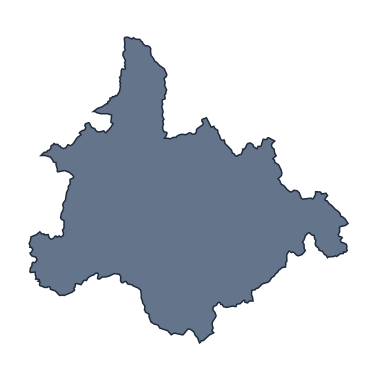 Huancavelica, Huancavelica, Peru (orthographic projection), rotated 184°
{"feature_id": "86281439B45357472529308", "entity_name": "Huancavelica", "entity_type": "district", "adm_level": 2, "iso_a3": "PER", "parent_name": "Peru", "parent_adm1": "Huancavelica", "projection": "orthographic", "projection_center": [-75.048, -12.773], "detail": "fine", "context": "isolated", "style": "filled", "palette": "slate", "viewbox_px": 384, "rotation_deg": 184, "n_neighbors": 0, "source": "geoboundaries", "source_scale": "gbopen_adm2", "svg_char_len": 5970}
<svg xmlns="http://www.w3.org/2000/svg" viewBox="0 0 384 384"><g transform="rotate(184 192 192)"><path d="M349.9,125.5L348.4,125.6L346.9,123.7L347.8,121.0L349.3,119.8L349.0,119.0L347.3,117.0L343.3,116.1L341.8,113.7L343.3,111.1L344.6,110.5L345.7,110.8L346.4,110.2L346.7,106.5L347.8,105.1L348.2,101.1L347.3,100.4L342.9,101.2L342.4,97.9L341.5,96.3L342.1,94.4L340.7,93.9L338.9,94.4L338.2,93.8L338.1,93.1L339.3,92.3L337.3,91.6L337.7,88.9L337.2,88.1L332.5,86.6L329.9,86.6L329.0,87.4L327.3,87.5L326.3,85.0L321.4,83.8L317.2,79.8L316.0,79.6L313.8,80.2L312.4,79.8L304.9,83.6L302.5,85.5L302.4,86.4L303.3,87.7L302.0,89.3L301.8,92.3L300.2,92.6L296.2,91.8L294.0,95.8L292.5,96.6L291.1,96.3L289.7,99.2L287.3,101.1L284.0,102.6L282.6,104.1L280.6,104.6L279.6,103.2L280.3,99.4L279.5,98.6L278.1,98.8L275.4,101.0L272.3,101.2L268.7,102.4L263.8,105.2L258.6,104.8L257.2,102.5L257.1,98.6L256.1,96.8L254.6,96.6L253.1,97.9L251.5,98.1L249.7,95.7L245.5,95.3L244.2,94.3L238.9,92.4L236.4,90.5L235.5,86.7L235.2,82.6L233.8,79.7L233.6,78.1L231.0,74.7L231.2,70.9L230.4,70.2L230.1,69.0L226.2,67.0L226.2,64.6L223.8,59.4L220.2,57.5L217.5,57.2L216.2,56.4L214.7,54.0L206.7,52.0L202.8,48.1L199.9,50.0L191.4,48.8L190.6,49.3L186.9,54.6L185.7,55.1L184.0,54.9L180.3,52.5L178.6,49.0L176.3,47.1L174.0,42.0L172.9,42.9L172.4,44.3L170.3,44.5L164.9,50.4L160.5,53.1L162.6,55.1L161.4,57.6L162.8,61.5L162.4,63.9L159.5,69.3L159.4,70.6L160.8,73.5L162.8,75.8L163.0,77.8L162.2,79.5L159.6,80.8L158.8,82.9L157.2,83.9L156.3,83.5L155.4,81.8L154.1,82.0L152.5,79.8L149.3,79.3L143.7,81.0L140.2,80.7L139.3,83.3L136.2,83.9L133.1,87.4L131.8,87.5L131.5,85.7L128.9,85.2L127.3,87.2L123.5,87.5L124.2,90.8L125.6,94.1L125.4,98.1L122.1,98.9L121.2,100.3L119.3,100.8L115.4,105.3L110.1,107.2L108.5,108.4L106.5,112.2L104.2,113.8L103.2,115.8L100.7,118.4L99.7,120.5L99.0,120.7L97.1,122.8L93.4,123.7L93.6,128.2L92.5,129.5L93.2,135.7L91.4,139.5L90.7,139.9L88.6,138.5L87.3,139.2L85.9,138.7L83.3,136.3L81.7,135.7L78.0,137.2L75.3,140.6L74.9,141.9L76.1,143.1L76.6,147.5L78.2,150.0L77.0,151.8L75.8,156.4L73.0,159.5L72.4,159.6L69.0,157.3L67.3,157.3L66.3,153.7L65.1,152.3L65.5,148.8L64.6,146.7L62.0,145.0L61.2,142.8L57.6,141.8L55.4,138.8L53.8,138.3L52.3,135.9L51.1,136.9L46.5,137.4L44.2,138.4L43.1,137.8L39.6,140.9L36.9,141.1L36.6,142.7L35.3,142.5L34.2,143.1L33.1,144.4L33.8,146.2L33.7,148.8L34.6,150.7L37.2,151.8L39.6,152.2L40.7,154.4L38.9,156.8L39.6,157.5L42.4,158.1L43.1,159.8L41.9,162.4L42.4,167.2L41.1,168.0L36.8,169.2L34.1,171.4L37.5,175.9L40.2,177.8L42.0,178.2L42.9,181.1L44.6,182.7L48.0,184.8L51.9,188.5L54.5,189.9L56.4,192.5L58.5,192.9L58.8,193.7L58.1,195.8L56.5,197.8L58.2,200.1L62.8,199.1L63.3,200.5L64.3,201.0L68.7,200.9L68.7,197.8L70.6,193.8L71.6,193.5L72.8,194.2L81.1,192.6L82.6,193.6L85.0,198.8L87.5,200.7L90.5,200.8L92.9,198.9L94.1,199.0L97.4,201.1L100.2,204.3L103.9,206.3L105.4,209.7L107.1,211.2L103.9,214.6L103.7,217.4L104.7,220.3L107.6,225.2L111.5,227.3L111.9,229.5L113.7,230.8L110.6,234.0L112.3,236.8L113.2,240.7L115.1,241.8L116.0,244.1L115.5,245.9L113.0,248.6L119.4,251.5L120.1,251.4L121.7,249.4L124.7,249.6L126.3,242.7L126.9,242.2L129.3,242.2L130.2,239.6L133.8,241.5L134.4,243.3L135.2,243.9L137.2,245.0L139.3,244.5L140.5,243.4L141.7,240.1L143.1,238.3L144.5,238.3L144.2,237.0L145.5,233.1L148.1,232.2L150.2,230.7L151.6,231.5L152.7,233.1L154.5,233.7L155.5,236.5L162.8,243.0L162.9,244.9L163.7,246.3L165.1,245.4L167.2,246.8L168.5,250.2L170.3,252.9L170.6,255.4L173.5,256.8L174.8,259.1L177.3,257.9L182.8,267.1L187.0,265.1L187.2,263.4L185.6,261.8L185.7,260.0L191.1,255.6L191.9,253.9L191.9,251.6L193.5,250.0L195.9,249.7L196.7,250.5L198.7,250.9L202.2,248.7L206.2,248.9L208.9,248.0L210.5,247.0L211.7,245.5L214.7,245.1L217.6,243.4L219.4,244.0L223.2,243.7L221.6,246.5L221.0,249.0L221.3,249.6L224.1,250.2L225.6,252.6L225.8,255.5L225.2,257.7L226.2,260.8L225.0,262.6L227.1,266.0L226.4,270.1L228.1,275.0L227.3,277.6L228.3,280.4L227.9,281.7L225.3,283.1L226.1,286.9L224.9,288.4L225.2,289.6L224.4,292.0L226.9,296.7L226.3,299.1L227.7,302.9L226.7,304.7L225.8,305.1L225.3,307.4L228.4,313.1L233.2,315.9L236.4,319.0L238.1,319.6L239.8,322.5L242.4,325.5L243.2,329.6L243.1,331.9L244.1,333.7L246.7,334.8L248.3,334.4L250.9,336.1L252.1,338.3L253.2,338.8L254.6,340.6L258.8,340.5L261.3,341.9L262.6,340.4L266.9,342.0L269.5,341.6L270.3,340.6L269.3,335.1L269.5,331.6L268.6,329.3L268.7,328.5L270.5,326.3L270.4,323.3L267.4,318.3L268.3,316.2L267.4,314.5L268.1,312.9L266.9,310.7L268.0,309.6L270.3,310.0L271.0,308.5L271.0,302.7L272.3,301.4L271.4,299.5L271.8,296.9L270.7,295.6L271.3,294.5L270.8,291.6L271.4,287.1L273.6,282.9L275.2,282.8L276.2,281.5L278.0,281.6L278.6,280.3L280.4,279.9L280.2,277.5L282.3,276.2L282.2,274.3L283.5,274.1L287.8,270.6L291.8,269.0L296.0,265.4L294.4,265.5L292.6,264.5L288.2,263.7L282.0,264.2L277.5,263.1L277.8,255.9L275.5,254.7L277.9,250.1L278.7,249.6L278.7,248.7L280.6,247.2L282.0,245.1L282.9,245.4L284.3,246.9L288.4,245.4L291.4,245.7L293.6,248.6L295.5,248.9L297.1,250.0L299.1,253.6L299.9,253.9L302.9,252.7L303.6,251.1L302.4,248.6L303.5,246.3L305.9,245.5L308.1,243.8L308.5,242.8L306.8,241.8L306.8,241.1L310.3,238.3L313.8,232.0L315.6,230.2L316.6,229.8L319.1,230.5L320.9,227.3L323.2,226.4L325.5,227.1L326.6,228.5L327.6,228.5L329.3,230.2L331.3,229.9L333.1,230.8L333.9,229.4L335.5,228.5L335.9,227.6L335.8,225.8L337.3,223.7L339.1,223.2L339.7,221.7L342.2,221.3L345.3,217.8L341.3,218.2L335.8,217.0L333.0,213.9L332.3,212.3L329.5,211.5L329.5,209.5L327.9,205.4L327.9,203.3L327.2,202.7L320.6,204.5L315.9,203.1L312.0,200.3L311.1,198.8L311.8,197.5L314.6,196.1L314.1,191.4L315.8,189.0L315.5,186.6L317.1,182.7L317.7,175.0L319.5,172.3L320.1,170.4L319.0,167.1L319.6,164.1L320.7,162.1L321.3,157.3L320.6,155.9L317.6,154.3L317.2,147.1L318.5,145.0L317.3,141.9L317.5,139.5L319.7,137.8L321.4,139.0L323.4,137.6L324.6,138.6L325.4,138.5L326.6,136.6L329.1,134.9L331.4,136.5L332.4,139.5L335.8,139.0L336.8,139.9L338.0,139.6L339.2,140.0L341.0,141.7L344.2,138.6L349.5,136.0L349.8,132.1L350.9,129.2L349.7,127.2L349.9,125.5Z" fill="#64748b" stroke="#1e293b" stroke-width="1.5"/></g></svg>